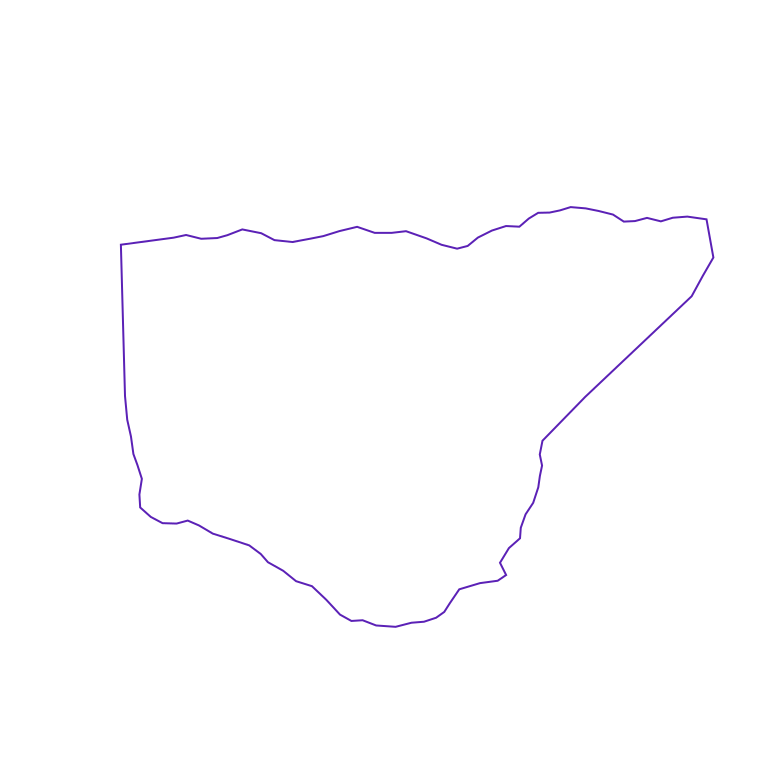 outline of Ouriçangas, Bahia, Brazil, rotated 284°
{"feature_id": "56859067B43695486502690", "entity_name": "Ouriçangas", "entity_type": "district", "adm_level": 2, "iso_a3": "BRA", "parent_name": "Brazil", "parent_adm1": "Bahia", "projection": "natural_earth1", "projection_center": [-38.654, -12.01], "detail": "fine", "context": "isolated", "style": "outline", "palette": "violet", "viewbox_px": 768, "rotation_deg": 284, "n_neighbors": 0, "source": "geoboundaries", "source_scale": "gbopen_adm2", "svg_char_len": 1269}
<svg xmlns="http://www.w3.org/2000/svg" viewBox="0 0 768 768"><g transform="rotate(284 384 384)"><path d="M287.2,143.5L271.8,151.2L255.4,157.8L245.8,164.3L233.4,172.0L217.6,173.4L205.2,177.3L198.6,189.9L195.4,202.8L198.4,216.5L204.0,226.6L202.0,238.7L197.4,254.1L196.4,270.9L194.8,292.3L189.2,305.6L183.0,314.5L178.4,331.3L171.4,346.4L170.4,363.0L160.6,380.3L149.6,397.1L146.2,409.7L149.6,420.4L147.8,434.8L151.2,454.0L159.0,468.4L163.0,480.3L169.8,491.1L177.4,497.6L187.2,500.9L203.0,506.7L214.0,525.3L220.6,541.9L228.2,548.7L238.6,539.8L255.0,544.9L267.2,553.3L277.6,551.5L291.8,552.9L304.8,557.5L321.1,558.7L332.5,557.5L343.1,557.1L353.3,552.2L367.3,551.5L420.1,582.3L543.6,661.3L566.2,667.2L586.4,673.0L621.8,657.1L619.8,637.8L615.2,624.0L608.8,613.3L608.8,599.0L602.8,588.1L599.6,577.4L603.8,565.2L603.8,550.3L603.2,537.2L600.8,522.3L595.0,512.7L590.4,503.2L587.4,492.2L579.6,484.5L569.4,477.3L566.8,464.2L559.0,451.6L548.8,439.7L538.2,431.8L533.0,422.2L533.0,406.2L535.6,390.1L537.6,368.4L532.4,354.6L528.4,338.5L530.0,319.9L521.6,303.8L512.8,289.3L507.2,277.4L499.6,260.8L497.1,242.9L500.6,228.4L499.7,209.1L490.5,196.0L485.3,186.9L480.7,171.5L480.7,155.9L475.1,144.5L455.5,95.0L309.7,135.6L287.2,143.5Z" fill="none" stroke="#5b21b6" stroke-width="2"/></g></svg>